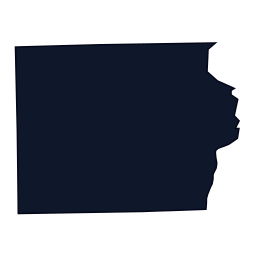 the district of Whiteside, Illinois, United States of America, rotated 179°
{"feature_id": "52423323B38843546527060", "entity_name": "Whiteside", "entity_type": "district", "adm_level": 2, "iso_a3": "USA", "parent_name": "United States of America", "parent_adm1": "Illinois", "projection": "orthographic", "projection_center": [-90.084, 41.758], "detail": "fine", "context": "isolated", "style": "filled", "palette": "ink", "viewbox_px": 256, "rotation_deg": 179, "n_neighbors": 0, "source": "geoboundaries", "source_scale": "gbopen_adm2", "svg_char_len": 653}
<svg xmlns="http://www.w3.org/2000/svg" viewBox="0 0 256 256"><g transform="rotate(179 128 128)"><path d="M239.1,58.1L239.2,44.4L218.9,44.4L113.7,44.3L110.4,44.4L99.7,44.6L83.2,44.8L51.5,45.4L50.9,51.8L50.8,56.1L49.6,60.3L46.7,67.2L44.9,70.7L43.9,75.7L43.8,79.9L43.1,81.7L40.8,86.0L40.6,86.7L40.0,90.1L39.9,91.6L40.7,96.7L41.1,101.8L40.9,103.1L40.6,104.2L38.4,106.1L28.0,109.8L26.1,110.9L18.8,115.8L17.1,125.6L20.8,125.6L16.8,133.2L21.6,138.4L17.8,154.7L24.4,159.4L24.3,163.8L21.0,165.7L37.8,173.5L48.0,182.9L46.6,205.4L39.1,211.5L155.8,211.7L239.1,210.9L238.7,127.4L238.9,86.1L239.1,58.1Z" fill="#0f172a" stroke="#020617" stroke-width="1.5"/></g></svg>